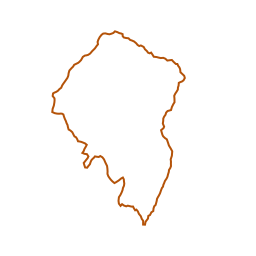 outline of Nova Granada, São Paulo, Brazil, rotated 164°
{"feature_id": "56859067B55961897513084", "entity_name": "Nova Granada", "entity_type": "district", "adm_level": 2, "iso_a3": "BRA", "parent_name": "Brazil", "parent_adm1": "São Paulo", "projection": "equal_earth", "projection_center": [-49.322, -20.455], "detail": "fine", "context": "isolated", "style": "outline", "palette": "amber", "viewbox_px": 256, "rotation_deg": 164, "n_neighbors": 0, "source": "geoboundaries", "source_scale": "gbopen_adm2", "svg_char_len": 3030}
<svg xmlns="http://www.w3.org/2000/svg" viewBox="0 0 256 256"><g transform="rotate(164 128 128)"><path d="M182.7,139.3L182.2,136.6L181.8,134.7L180.5,133.4L179.9,131.3L179.7,129.0L178.3,128.4L176.7,127.5L175.0,126.2L173.5,125.0L172.3,123.2L173.8,121.6L175.7,119.8L177.0,118.0L178.7,116.6L177.0,115.2L174.7,114.2L173.9,111.6L175.2,110.1L176.8,109.0L178.6,107.7L180.2,106.6L180.2,104.4L180.1,101.9L178.2,101.1L176.7,102.3L174.6,103.7L173.4,105.5L172.1,107.1L170.5,108.1L169.0,108.8L167.6,109.8L165.8,108.9L164.1,108.2L162.4,108.7L160.7,106.9L159.7,104.4L159.3,101.2L158.6,97.3L159.0,94.6L159.6,91.9L160.4,89.5L160.2,87.0L159.5,84.9L158.8,83.1L157.7,81.0L156.2,78.8L154.4,79.2L151.4,80.1L148.4,81.4L146.6,81.8L146.2,79.8L146.6,77.7L146.9,75.6L147.8,73.6L149.4,71.7L150.3,69.9L151.9,67.8L153.7,65.8L155.8,64.0L157.2,60.6L157.6,57.8L156.6,55.2L154.7,56.4L153.2,54.5L151.3,53.2L149.6,53.4L147.9,52.4L146.3,51.5L144.8,51.1L144.5,49.3L143.8,46.9L142.4,47.2L141.5,45.1L141.2,42.5L140.0,39.7L139.8,36.7L139.0,34.7L140.1,31.0L138.3,30.4L137.0,33.0L135.3,34.3L133.8,35.4L132.7,37.9L130.8,38.3L128.8,40.5L126.6,41.2L125.7,43.5L124.4,45.5L122.7,46.4L121.4,48.5L120.4,50.2L119.7,51.8L118.4,53.2L117.3,54.2L115.3,56.3L113.2,59.3L111.9,61.0L110.5,62.0L109.7,63.6L108.5,65.0L107.1,66.9L104.8,68.8L103.5,70.3L102.3,72.4L100.9,74.5L100.2,76.3L98.3,78.0L97.2,79.5L96.6,81.9L96.0,83.7L95.6,86.1L93.5,89.2L91.9,93.4L92.6,96.6L93.5,99.9L93.6,103.0L93.8,106.4L95.2,108.1L96.5,110.3L96.8,112.1L96.8,116.8L94.0,118.0L92.9,119.3L93.3,122.7L92.2,125.1L91.5,127.3L90.2,128.9L88.3,130.4L87.1,132.3L85.3,133.4L81.7,133.4L80.0,136.1L77.7,138.6L76.2,139.9L75.3,143.2L74.7,146.2L73.2,147.9L71.2,149.6L69.5,151.2L68.8,153.2L67.7,154.8L66.7,157.4L65.0,157.7L63.4,157.8L61.5,158.5L59.6,160.4L59.6,162.7L60.7,164.6L62.2,167.1L61.7,170.2L61.9,172.1L62.6,173.8L62.9,175.9L64.4,176.4L66.0,179.1L67.1,181.3L69.5,181.7L71.6,182.0L73.0,184.3L74.7,185.7L77.2,186.2L79.1,187.2L80.9,188.3L83.6,189.4L84.2,191.7L85.0,194.1L86.5,193.8L87.9,194.8L88.7,196.9L90.0,199.0L90.6,201.6L92.9,203.8L94.6,203.7L95.9,205.2L96.7,207.1L98.3,209.5L100.1,211.0L101.7,212.1L102.8,214.1L105.2,215.1L107.1,216.2L107.8,217.8L107.3,219.7L108.5,220.7L110.2,221.6L111.8,223.1L113.9,224.5L115.9,223.4L118.0,223.2L120.0,223.2L121.5,223.9L123.7,225.2L125.8,225.6L127.7,224.9L130.1,223.2L132.2,221.0L133.5,219.1L133.8,216.7L135.3,215.7L137.9,213.6L139.9,212.5L141.2,211.8L143.9,210.0L146.1,209.3L147.8,209.3L149.5,209.5L151.8,208.8L154.4,206.2L156.5,205.0L157.8,204.4L159.4,204.1L162.3,203.6L163.9,202.1L165.6,201.2L168.5,199.4L170.0,197.0L171.0,194.7L172.5,192.8L174.6,191.1L176.7,189.4L178.1,188.3L179.5,187.1L181.1,185.1L183.2,184.3L185.1,183.1L187.1,182.5L189.0,182.3L190.5,181.9L191.6,179.5L190.5,176.8L190.9,175.0L191.7,172.9L193.1,170.0L195.2,167.1L196.4,164.2L194.4,162.5L192.3,161.4L190.3,160.7L188.7,160.4L187.4,159.9L186.4,158.8L186.4,156.6L186.2,154.1L185.8,151.7L185.7,149.4L185.3,147.6L185.5,145.3L185.5,142.9L184.1,141.5L182.7,139.3Z" fill="none" stroke="#b45309" stroke-width="2"/></g></svg>